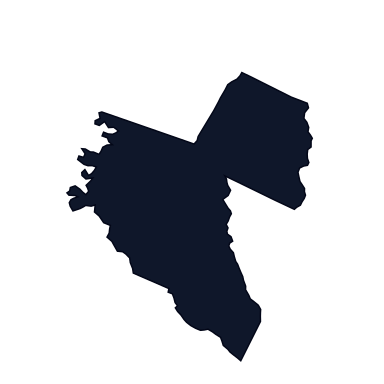 Juranda, Paraná, Brazil (Robinson projection), rotated 116°
{"feature_id": "56859067B47517937366548", "entity_name": "Juranda", "entity_type": "district", "adm_level": 2, "iso_a3": "BRA", "parent_name": "Brazil", "parent_adm1": "Paraná", "projection": "robinson", "projection_center": [-52.824, -24.406], "detail": "fine", "context": "isolated", "style": "filled", "palette": "ink", "viewbox_px": 384, "rotation_deg": 116, "n_neighbors": 0, "source": "geoboundaries", "source_scale": "gbopen_adm2", "svg_char_len": 2520}
<svg xmlns="http://www.w3.org/2000/svg" viewBox="0 0 384 384"><g transform="rotate(116 192 192)"><path d="M162.7,92.4L159.8,91.2L156.3,88.8L152.6,88.8L148.6,88.3L145.1,88.6L142.4,91.1L139.5,92.4L137.6,95.5L135.2,99.6L131.2,102.8L127.8,105.4L123.3,105.8L119.7,103.0L117.4,99.9L114.3,99.9L111.2,103.0L107.4,105.1L103.1,106.6L99.4,104.7L93.8,107.4L91.0,107.4L89.0,110.4L87.0,114.2L82.8,115.4L79.0,119.3L76.8,123.7L71.4,125.5L65.3,124.2L61.7,127.3L63.2,144.5L62.8,180.4L62.7,189.4L62.8,199.6L66.5,199.8L70.9,201.1L75.6,204.6L79.8,206.9L85.8,207.0L94.9,207.7L99.3,207.7L109.2,208.1L139.4,210.8L143.5,209.9L148.0,211.2L151.2,238.2L155.9,277.4L159.6,308.1L161.6,310.3L166.1,306.9L170.3,310.3L173.3,309.1L172.8,304.5L167.0,301.4L170.7,295.3L168.1,290.7L169.4,284.8L172.3,286.4L174.9,288.6L176.6,292.9L177.0,297.7L181.0,297.4L180.4,291.7L183.2,288.8L184.4,284.3L187.0,288.9L190.9,291.8L195.5,291.6L198.9,292.1L199.3,298.1L200.6,301.0L200.1,306.7L201.4,310.0L204.5,304.8L208.4,304.7L209.2,309.4L212.9,309.0L214.5,301.2L214.0,297.1L212.0,293.2L211.5,288.9L215.7,289.3L219.5,290.3L222.5,292.2L218.8,298.1L222.8,299.6L225.4,298.1L226.8,293.0L222.9,287.3L226.4,287.9L232.4,290.1L234.2,287.6L236.6,285.2L240.9,286.2L240.1,290.1L238.6,294.0L237.7,299.7L241.3,303.3L244.7,302.4L247.6,304.0L248.8,301.2L246.4,295.5L246.4,292.4L249.4,295.5L251.9,297.4L255.4,297.6L258.1,295.3L261.2,290.7L255.9,285.3L253.2,283.3L250.7,281.7L248.9,276.4L246.1,273.3L252.7,270.9L254.3,264.9L258.3,257.9L257.8,250.7L261.1,249.9L265.3,248.4L269.8,248.6L271.5,242.3L273.5,239.5L277.9,233.1L276.1,228.2L276.7,224.4L278.6,219.1L282.5,216.5L286.8,211.8L290.6,209.2L288.9,170.4L292.5,169.5L292.1,165.0L295.1,161.8L298.8,158.7L300.6,155.1L303.4,156.2L305.7,152.5L307.4,148.0L310.1,143.2L311.5,139.7L312.6,134.5L312.9,129.0L312.6,123.8L310.6,120.5L308.3,117.5L308.7,112.3L309.5,108.2L310.1,102.6L313.0,99.6L316.2,96.6L317.6,90.9L319.2,87.6L320.2,83.2L321.2,78.3L322.3,74.2L278.4,73.7L273.5,76.2L270.2,77.7L267.5,78.8L264.7,82.8L263.5,87.9L262.5,92.8L260.0,95.6L258.1,98.4L256.4,101.0L253.1,102.5L248.8,107.0L245.8,109.3L242.8,112.9L239.9,116.2L236.9,119.4L235.3,122.2L231.6,125.6L228.4,128.2L226.6,132.6L224.4,135.3L221.4,135.7L218.4,133.9L215.1,137.3L214.3,141.7L212.0,143.5L208.5,143.9L206.1,147.1L202.1,146.8L197.9,147.3L194.3,147.1L192.1,149.2L190.7,152.5L188.1,156.6L185.2,161.1L179.3,158.0L173.5,158.1L170.4,162.8L168.0,164.9L165.2,166.7L163.1,169.6L163.0,154.9L163.0,121.8L163.0,113.7L162.7,92.4Z" fill="#0f172a" stroke="#020617" stroke-width="1.5"/></g></svg>